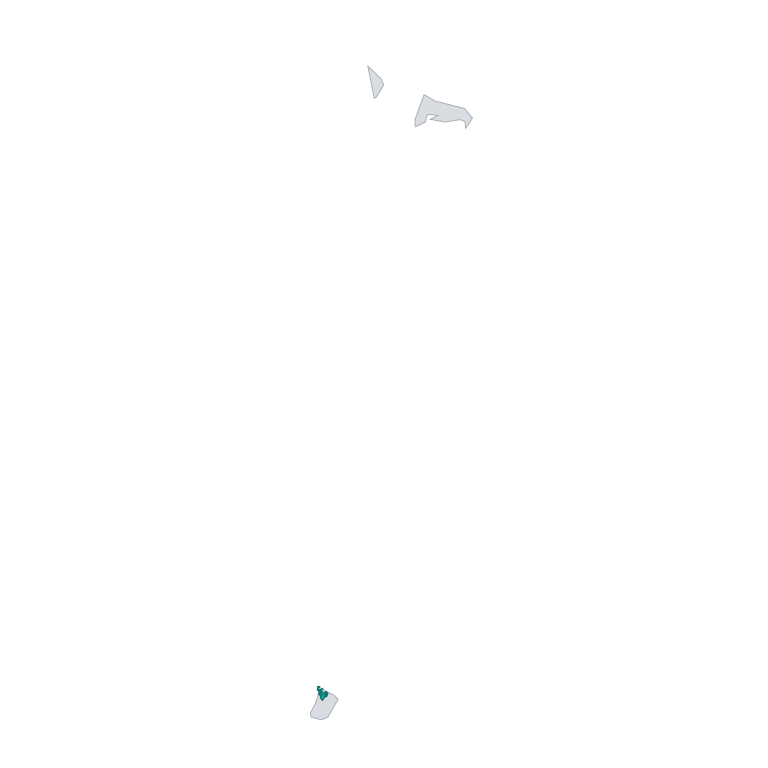 Pangaimotu, Vava'u, Tonga shown in context, rotated 167°
{"feature_id": "48082658B58897341989636", "entity_name": "Pangaimotu", "entity_type": "district", "adm_level": 2, "iso_a3": "TON", "parent_name": "Tonga", "parent_adm1": "Vava'u", "projection": "albers", "projection_center": [-174.001, -18.686], "detail": "fine", "context": "in_parent", "style": "filled", "palette": "teal", "viewbox_px": 768, "rotation_deg": 167, "n_neighbors": 0, "source": "geoboundaries", "source_scale": "gbopen_adm2", "svg_char_len": 3814}
<svg xmlns="http://www.w3.org/2000/svg" viewBox="0 0 768 768"><g transform="rotate(167 384 384)"><path d="M278.7,636.4L281.6,636.4L284.7,630.0L295.6,627.6L294.4,634.5L279.9,656.9L270.6,648.2L243.5,634.2L238.0,623.2L246.9,614.7L246.0,621.5L250.5,624.5L265.7,625.6L279.4,631.5L271.0,633.5L278.7,636.4ZM523.5,87.0L515.7,99.8L512.0,99.6L503.0,92.2L499.7,87.2L513.5,72.1L520.5,70.9L530.0,75.9L529.6,80.3L523.5,87.0ZM329.2,664.6L328.2,697.1L318.3,682.2L317.1,675.3L327.1,665.2L329.2,664.6Z" fill="#d9dde1" stroke="#a8b0b8" stroke-width="1"/><path d="M510.3,96.2L510.2,95.9L510.0,95.6L509.7,95.3L509.6,95.1L509.5,94.9L509.4,94.8L509.3,94.5L509.3,94.4L509.3,94.2L509.5,94.0L509.7,93.9L509.6,93.7L509.8,93.5L510.0,93.3L510.1,93.2L510.3,92.9L510.4,93.0L510.4,92.9L510.5,92.9L510.8,92.9L511.0,93.1L511.4,93.1L511.6,93.1L511.8,93.4L511.8,93.5L511.7,93.6L511.7,93.8L511.7,94.0L511.6,94.6L511.5,94.9L511.5,95.0L511.4,95.0L511.2,95.0L510.7,95.1L510.4,95.0L510.3,94.8L510.3,94.5L510.3,94.4L510.3,94.1L510.5,94.0L510.5,93.7L510.3,93.6L510.1,94.1L510.1,94.5L510.2,94.9L510.5,95.0L511.0,95.2L511.3,95.3L511.4,95.6L511.5,95.7L511.4,95.7L511.5,95.9L511.6,96.0L511.8,96.2L511.8,96.3L512.1,96.5L512.3,96.5L512.5,96.7L512.6,96.9L512.8,97.0L513.0,97.2L513.1,97.4L513.4,97.8L513.5,97.8L513.6,98.0L513.8,98.1L513.9,98.3L514.0,98.4L514.2,98.6L514.4,98.8L514.5,99.2L514.6,99.4L514.5,99.7L514.4,99.8L514.2,99.7L513.9,99.7L513.6,99.9L513.5,100.1L513.4,100.1L512.9,100.3L512.5,100.3L512.6,100.6L512.7,100.8L512.6,101.0L512.8,101.0L512.9,100.9L513.1,100.8L513.3,100.7L513.5,100.6L513.8,100.6L514.0,100.6L514.3,100.7L514.7,100.8L515.4,100.7L515.8,100.7L516.0,100.7L516.4,100.7L516.6,100.8L516.8,101.1L516.9,101.3L517.0,101.7L517.0,101.8L517.0,102.1L516.8,102.3L516.6,102.6L516.8,102.6L516.8,102.4L517.0,102.3L517.0,102.1L517.1,101.9L517.1,101.7L517.3,101.5L517.4,101.4L517.5,101.1L517.5,100.8L517.5,100.7L517.4,100.5L517.1,100.3L517.0,100.2L516.8,100.0L516.7,100.0L516.6,99.9L516.6,99.6L516.6,99.4L516.4,99.3L516.4,98.9L516.4,98.4L516.2,98.4L516.2,98.5L515.9,98.7L515.9,98.8L516.0,98.9L515.9,98.9L516.0,98.9L516.1,99.1L516.2,99.3L516.1,99.2L515.8,98.9L515.6,98.9L515.4,98.8L515.2,98.6L514.9,98.6L515.0,98.4L514.9,98.3L514.8,98.2L514.8,97.9L514.8,97.7L515.1,97.5L515.2,97.4L515.4,97.3L515.5,97.2L515.6,97.3L515.7,97.2L515.8,97.2L515.9,97.3L516.0,97.3L516.0,97.2L516.3,96.9L516.7,96.7L516.8,96.5L516.7,96.4L516.6,96.2L516.8,96.1L517.0,96.2L516.9,96.0L516.8,95.8L516.8,95.7L516.7,95.4L516.5,95.2L516.3,95.2L516.2,95.1L515.9,95.1L515.7,95.2L515.3,95.4L515.2,95.4L514.5,95.7L514.4,95.7L514.2,95.7L514.0,95.3L514.1,95.1L514.5,94.8L514.7,94.6L515.1,94.1L515.6,93.8L515.8,93.7L516.2,93.4L516.3,93.2L516.3,92.9L516.4,92.7L516.3,92.4L516.2,92.2L515.8,91.9L515.8,91.7L515.8,91.4L515.7,91.3L515.7,91.0L515.6,90.8L515.5,90.7L515.4,90.6L515.4,90.4L515.4,90.2L515.3,89.9L515.1,90.0L515.0,89.9L514.9,90.0L514.6,90.5L514.3,90.7L514.1,90.8L513.7,91.0L513.4,91.1L513.2,91.3L513.0,91.5L512.9,91.7L512.9,91.8L512.5,92.1L512.4,92.1L512.4,92.4L512.5,92.5L512.5,92.8L512.4,92.9L512.3,93.0L512.2,93.1L512.0,93.3L511.8,93.4L511.6,93.1L511.0,92.8L510.9,92.8L510.8,92.7L510.5,92.6L510.4,92.5L510.2,92.6L510.0,92.8L509.8,93.0L509.7,93.2L509.5,93.4L509.5,93.5L509.4,93.6L509.2,94.0L508.9,94.3L508.7,94.6L508.6,94.9L508.6,95.1L508.6,95.3L508.8,95.5L509.0,95.9L509.1,96.3L509.2,96.8L509.3,96.8L509.6,97.0L509.7,97.3L509.8,97.3L510.0,97.3L510.3,97.2L510.5,97.1L510.6,96.9L510.5,96.4L510.5,96.2L510.4,96.2L510.3,96.2ZM516.4,102.8L516.1,102.9L515.8,103.0L515.6,102.8L515.3,102.7L515.2,102.7L514.9,102.9L514.8,103.0L514.8,103.3L515.1,103.4L515.2,103.5L515.3,103.6L515.5,103.7L515.5,103.8L516.0,103.9L516.2,104.0L516.3,104.0L516.3,103.8L516.4,103.7L516.5,103.7L516.4,103.5L516.4,103.4L516.3,103.2L516.4,102.8L516.4,102.8Z" fill="#14b8a6" stroke="#0f766e" stroke-width="1.5"/></g></svg>